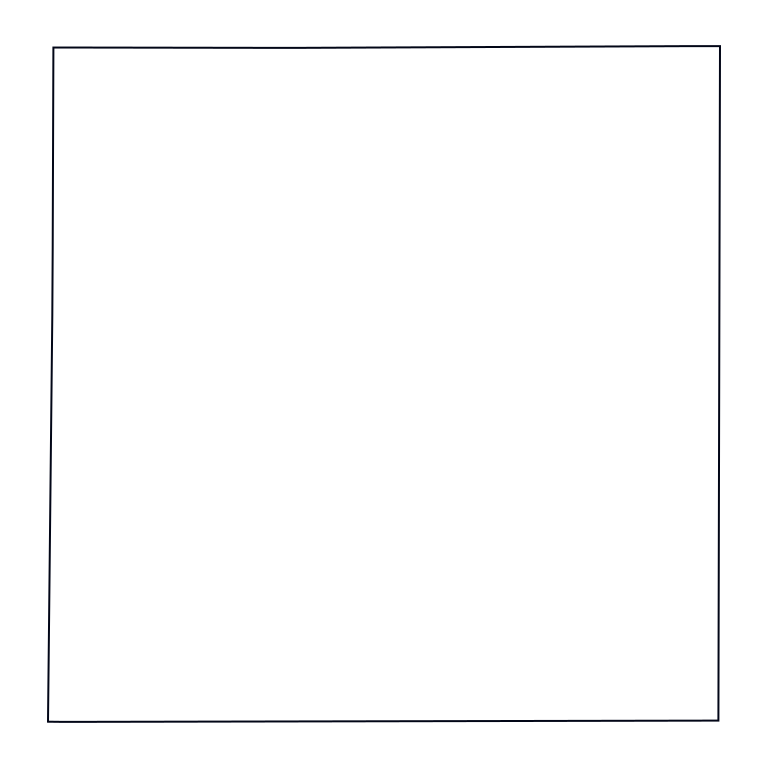 Rooks, Kansas, United States of America
{"feature_id": "52423323B35530084961770", "entity_name": "Rooks", "entity_type": "district", "adm_level": 2, "iso_a3": "USA", "parent_name": "United States of America", "parent_adm1": "Kansas", "projection": "albers", "projection_center": [-99.363, 39.35], "detail": "fine", "context": "isolated", "style": "outline", "palette": "ink", "viewbox_px": 768, "rotation_deg": 0, "n_neighbors": 0, "source": "geoboundaries", "source_scale": "gbopen_adm2", "svg_char_len": 237}
<svg xmlns="http://www.w3.org/2000/svg" viewBox="0 0 768 768"><path d="M693.9,46.1L291.8,47.9L53.4,47.5L52.7,248.6L52.3,315.7L48.0,721.7L64.1,721.9L718.4,720.6L720.0,46.1L693.9,46.1Z" fill="none" stroke="#020617" stroke-width="2"/></svg>